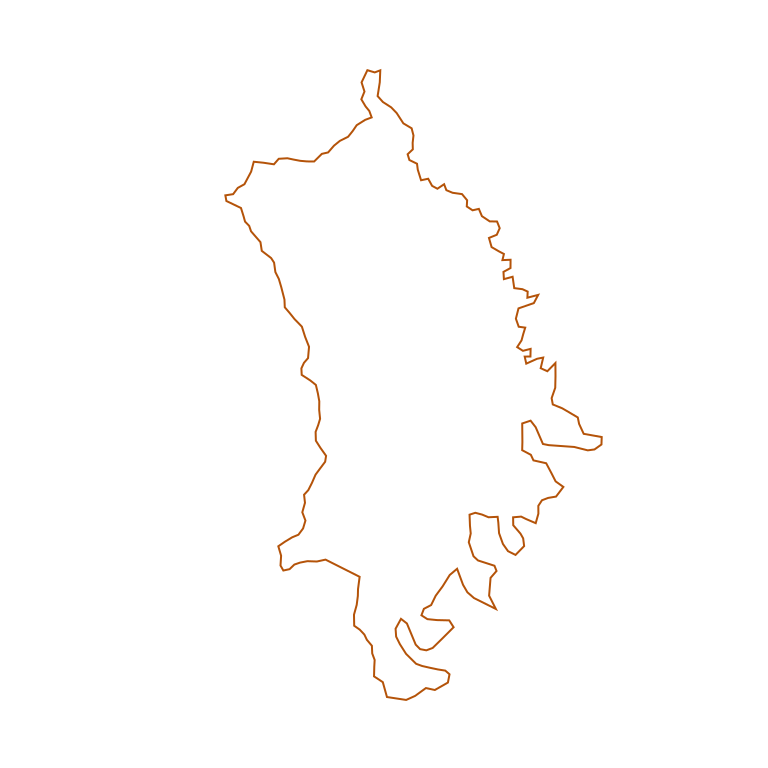 outline of Ampére, Paraná, Brazil, rotated 221°
{"feature_id": "56859067B71285319126532", "entity_name": "Ampére", "entity_type": "district", "adm_level": 2, "iso_a3": "BRA", "parent_name": "Brazil", "parent_adm1": "Paraná", "projection": "mercator", "projection_center": [-53.495, -25.908], "detail": "fine", "context": "isolated", "style": "outline", "palette": "amber", "viewbox_px": 768, "rotation_deg": 221, "n_neighbors": 0, "source": "geoboundaries", "source_scale": "gbopen_adm2", "svg_char_len": 3358}
<svg xmlns="http://www.w3.org/2000/svg" viewBox="0 0 768 768"><g transform="rotate(221 384 384)"><path d="M199.7,156.8L189.3,158.2L176.4,149.7L160.0,160.1L155.9,169.0L152.9,182.0L144.9,186.4L139.9,200.6L144.1,207.9L149.7,207.9L156.1,203.9L163.1,200.0L170.2,196.2L176.2,193.9L190.3,194.8L201.4,198.1L209.1,201.3L214.7,206.9L217.1,217.9L209.6,218.3L189.1,208.1L182.8,207.6L177.3,210.8L174.1,216.7L173.0,230.4L171.9,246.1L179.7,248.4L189.1,240.6L197.0,235.0L204.0,234.0L206.4,240.5L203.4,248.1L206.1,258.2L207.0,269.7L209.1,283.0L207.6,292.5L192.6,284.3L184.4,281.5L175.6,281.5L152.0,287.6L165.8,293.2L176.4,307.6L176.4,316.7L181.4,319.3L197.3,312.5L203.4,312.7L216.2,320.2L220.5,328.1L226.1,333.4L233.7,341.5L230.6,346.7L224.3,349.8L217.7,352.0L211.1,358.3L206.8,354.4L199.3,346.9L189.3,341.3L180.7,339.2L172.6,341.3L171.9,353.6L177.7,358.8L182.8,360.6L193.8,362.2L199.1,368.1L193.5,373.9L188.2,375.3L178.2,378.5L182.4,387.4L187.6,393.3L188.5,399.9L185.4,405.7L180.3,411.9L181.1,424.0L190.6,423.1L198.5,426.3L209.6,430.6L221.1,424.4L226.7,426.9L236.3,424.7L241.4,430.9L253.8,444.9L249.3,452.5L241.2,450.9L224.7,443.0L219.6,445.9L199.1,461.3L186.7,467.6L182.2,472.7L180.2,481.0L184.9,486.8L200.6,477.4L210.6,481.9L215.8,485.9L233.5,482.6L243.2,479.3L248.2,483.3L252.3,493.5L259.6,502.3L268.4,512.3L269.1,500.8L276.1,498.7L281.2,508.4L285.0,503.5L290.0,492.7L295.8,497.0L291.5,500.8L296.4,506.7L300.9,500.2L307.7,499.2L308.8,507.1L311.7,513.1L314.4,519.2L319.9,515.6L327.3,519.8L332.1,529.3L324.0,543.4L326.1,552.4L332.4,543.2L336.2,548.0L341.7,546.4L348.6,541.8L357.3,549.3L362.3,541.8L367.4,547.0L364.6,554.5L370.0,560.8L375.9,555.2L378.8,560.8L384.3,559.5L392.6,557.9L400.6,563.1L396.8,570.6L398.9,577.5L405.3,580.8L410.9,576.1L420.2,574.9L427.3,578.4L431.1,573.2L438.0,572.3L441.8,577.2L449.7,578.5L457.7,573.3L464.1,571.2L469.7,574.2L471.8,566.4L477.7,565.1L485.3,567.9L489.7,562.1L499.1,567.9L503.6,571.9L511.8,569.7L516.9,572.9L516.2,580.0L520.6,584.8L524.8,590.9L530.9,595.1L540.4,593.4L552.2,596.8L560.1,597.5L569.8,596.1L577.7,597.1L585.1,608.9L592.6,618.3L595.4,613.1L602.4,609.9L598.8,596.9L590.6,591.9L587.9,584.0L580.0,581.4L574.2,580.4L568.2,577.1L571.5,571.0L574.4,561.4L573.6,554.5L573.3,547.0L576.8,538.6L578.1,531.1L578.1,522.1L581.9,516.9L582.7,506.1L588.1,501.5L593.6,497.5L599.4,494.1L605.0,491.0L611.2,484.9L611.2,477.6L620.0,472.0L628.1,466.3L623.6,457.1L620.4,443.2L623.0,436.1L622.4,428.3L627.5,422.3L623.0,418.7L607.4,423.0L600.1,418.5L595.4,415.4L589.5,414.9L584.5,412.0L577.4,411.0L570.3,410.0L563.6,404.3L551.8,405.0L546.6,403.5L539.4,397.2L532.3,394.3L525.1,389.7L514.5,382.4L509.2,376.8L501.8,375.7L494.2,374.3L483.6,373.4L474.4,367.8L465.0,362.9L458.3,353.7L458.3,347.5L456.6,341.6L452.1,336.9L442.1,338.3L434.8,338.6L427.7,333.5L421.5,328.5L415.9,321.9L409.4,315.8L406.7,309.8L404.2,303.0L398.2,296.5L390.1,294.1L380.6,291.8L377.4,286.7L376.8,278.2L376.2,270.7L373.5,262.1L371.5,254.2L371.7,248.0L365.7,242.5L361.5,233.6L353.7,229.4L350.3,221.9L349.7,214.1L352.7,208.1L355.3,200.0L357.3,192.2L349.0,186.9L343.0,179.1L337.6,177.2L333.8,182.3L333.2,188.9L330.2,194.1L325.6,200.0L318.2,206.0L312.9,213.1L275.9,222.5L269.0,212.1L264.7,206.9L259.7,199.4L255.3,190.2L247.9,182.0L241.2,182.7L234.4,182.0L229.1,179.7L221.4,178.5L216.1,172.9L210.0,169.6L205.9,164.3L199.7,156.8Z" fill="none" stroke="#b45309" stroke-width="2"/></g></svg>